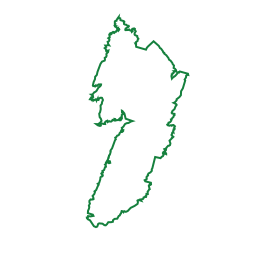 outline of La Concordia, Santo Domingo de los Tsáchilas, Ecuador, rotated 286°
{"feature_id": "8360857B34762572283066", "entity_name": "La Concordia", "entity_type": "district", "adm_level": 2, "iso_a3": "ECU", "parent_name": "Ecuador", "parent_adm1": "Santo Domingo de los Tsáchilas", "projection": "albers", "projection_center": [-79.436, -0.044], "detail": "fine", "context": "isolated", "style": "outline", "palette": "green", "viewbox_px": 256, "rotation_deg": 286, "n_neighbors": 0, "source": "geoboundaries", "source_scale": "gbopen_adm2", "svg_char_len": 5891}
<svg xmlns="http://www.w3.org/2000/svg" viewBox="0 0 256 256"><g transform="rotate(286 128 128)"><path d="M32.8,137.7L33.7,139.3L35.2,139.0L36.9,140.1L37.9,142.7L40.8,143.3L41.7,144.2L43.0,144.3L43.8,144.8L46.4,144.8L46.5,145.4L45.7,146.9L47.0,147.3L46.8,149.0L48.1,150.6L52.0,152.6L54.9,155.8L57.7,158.1L59.3,158.0L60.2,157.7L60.7,157.1L61.1,157.2L61.8,158.4L61.7,160.7L62.7,159.6L63.7,161.8L64.6,162.3L65.5,162.1L66.4,163.2L66.7,164.2L67.6,163.8L67.9,164.3L69.7,163.9L70.0,165.2L72.3,164.4L73.6,165.0L74.8,165.2L75.2,165.7L78.2,163.9L79.6,164.3L79.4,165.1L80.1,165.7L81.7,165.1L81.5,159.3L82.4,158.4L83.9,160.0L84.4,160.0L85.9,159.3L87.9,160.3L88.2,159.9L89.9,160.2L91.5,161.8L93.4,162.7L94.8,162.2L96.0,162.5L107.6,162.1L108.0,167.6L109.6,168.3L110.5,169.3L112.5,169.7L112.8,168.8L113.5,168.4L114.7,168.7L114.5,169.6L113.7,170.0L113.4,171.9L113.8,171.8L115.3,170.3L116.8,169.6L117.7,168.7L118.1,169.3L117.2,169.9L117.3,170.5L119.6,170.3L122.0,171.5L122.4,172.5L123.2,173.1L124.9,173.0L127.3,171.4L131.4,173.7L131.3,173.1L132.3,173.4L133.3,171.7L134.5,172.0L135.6,171.8L136.5,172.2L136.3,172.9L137.8,172.2L139.3,172.2L139.3,173.0L139.7,173.1L140.7,172.9L141.4,172.2L142.6,172.6L143.4,170.9L143.0,169.9L142.3,169.5L142.6,169.0L142.5,168.5L141.6,167.2L141.6,165.3L142.1,164.8L143.5,165.8L144.3,165.5L145.4,167.0L147.1,167.6L148.1,166.9L148.8,167.7L149.8,167.8L151.0,168.6L152.4,168.6L153.0,169.1L153.6,168.7L153.8,169.0L154.4,168.8L154.1,166.5L154.6,165.8L156.6,166.0L159.0,167.5L161.7,167.7L163.6,168.4L164.2,167.8L164.8,165.0L165.4,165.8L167.5,166.9L168.1,167.1L169.0,166.8L171.9,168.9L174.1,169.8L178.0,168.9L181.2,169.8L189.4,169.9L190.1,169.1L192.6,169.8L194.4,169.5L195.7,170.8L195.7,171.2L196.4,170.8L196.7,171.4L196.6,162.2L195.4,161.7L195.7,161.2L195.3,160.5L193.8,160.3L191.2,159.1L188.7,157.1L187.6,156.6L189.9,155.4L191.1,155.4L191.3,155.7L191.7,155.4L191.9,155.7L192.8,155.7L193.2,156.5L194.3,156.6L195.1,157.4L195.4,156.6L195.7,157.3L196.5,157.9L196.1,158.5L196.8,158.3L197.8,157.0L198.3,155.3L200.7,155.0L201.7,153.4L202.8,152.6L204.5,150.3L205.0,148.6L206.3,147.7L208.5,144.8L209.5,142.3L210.3,142.1L210.4,141.1L211.5,140.3L213.4,137.9L213.6,136.8L215.4,135.0L218.4,128.7L211.8,124.7L210.3,124.0L208.3,123.7L208.3,113.5L210.2,112.7L211.2,111.8L211.3,112.5L212.8,112.0L214.3,113.2L215.8,113.0L216.6,113.4L217.7,112.0L219.0,111.5L219.2,109.2L219.6,108.6L221.0,108.2L223.1,108.8L224.1,107.5L225.2,107.3L225.4,106.5L224.4,105.6L224.9,105.5L224.5,104.8L223.5,104.6L223.2,105.3L222.4,105.8L221.5,105.2L222.5,104.7L222.3,103.4L223.0,101.9L222.3,101.3L221.4,98.6L221.6,98.3L223.0,98.3L225.1,100.4L225.9,100.8L226.4,100.5L226.2,99.0L226.8,97.8L226.6,96.8L226.8,95.6L228.6,94.8L229.1,95.2L229.3,95.0L229.6,94.4L229.6,91.0L231.3,90.3L231.4,88.5L232.1,88.4L230.8,87.9L230.3,88.1L229.3,87.3L227.9,87.4L227.3,86.2L226.7,86.0L224.3,86.7L224.3,87.2L222.9,86.9L222.8,87.8L222.5,87.3L222.0,87.5L221.6,89.0L220.9,89.9L221.4,90.7L221.0,90.7L220.8,92.1L220.3,92.5L218.9,91.9L219.6,91.2L219.6,90.5L217.4,90.1L217.3,89.5L215.5,88.5L215.6,87.7L216.3,87.6L216.3,87.2L214.9,86.2L214.1,86.3L213.2,85.7L212.9,85.3L213.1,85.0L214.5,85.3L214.2,84.8L212.7,84.2L210.2,85.4L208.9,84.3L208.2,85.7L206.8,85.9L205.8,85.5L205.3,84.7L203.3,85.8L202.3,87.0L202.2,85.7L201.3,84.6L201.0,83.5L199.8,84.7L198.4,83.6L197.8,84.9L195.7,86.0L195.7,86.8L196.1,86.4L196.7,86.6L196.6,87.5L196.9,87.8L195.8,87.9L193.1,86.8L191.6,87.5L190.3,87.4L189.0,86.3L187.4,87.0L186.4,87.0L184.6,84.7L182.1,83.9L173.6,83.2L170.4,83.4L168.2,82.3L165.9,82.8L162.7,82.3L159.2,82.5L158.7,83.0L159.1,83.9L158.9,84.6L159.9,85.2L159.4,85.5L160.0,86.0L160.2,87.0L161.4,87.4L162.0,88.1L161.8,88.8L162.5,89.8L162.5,90.1L161.7,90.2L160.5,89.8L158.5,88.4L155.0,87.5L153.8,86.7L153.0,85.7L150.5,84.7L150.0,83.5L149.3,85.4L148.2,85.9L147.5,84.3L146.0,83.8L146.3,84.6L145.3,84.1L145.6,85.5L144.9,85.3L144.7,85.6L145.8,86.9L145.7,87.3L145.0,87.4L146.7,89.1L145.9,89.9L146.6,89.8L146.6,90.6L147.7,90.8L146.7,91.2L146.8,91.9L148.4,91.8L148.4,92.3L149.3,92.9L149.7,93.7L149.8,94.7L148.0,96.2L145.5,95.9L144.1,96.2L142.0,95.4L138.6,96.6L135.5,96.8L133.8,96.4L130.6,97.8L129.5,99.3L127.6,100.6L125.7,99.9L123.5,98.3L123.0,96.4L122.3,98.2L122.2,100.1L122.6,101.1L123.1,101.2L123.9,100.5L124.7,101.0L125.2,102.0L125.1,103.4L125.5,104.9L126.9,104.2L128.4,105.0L129.3,106.1L128.1,106.8L129.4,108.0L129.2,108.9L129.6,110.1L130.7,110.8L131.5,110.9L131.5,112.9L133.0,112.4L133.1,113.2L132.1,114.5L133.1,116.5L134.5,117.2L134.8,117.7L134.3,118.6L133.3,118.4L133.4,118.8L134.5,119.2L135.2,118.5L135.3,117.8L135.7,117.8L136.1,118.1L136.1,119.3L138.8,118.4L140.4,119.7L141.2,118.0L142.9,117.4L142.8,117.9L141.0,120.5L136.3,123.2L135.9,130.4L135.0,129.0L133.0,127.1L132.2,125.3L130.9,124.0L128.0,123.2L126.4,122.0L125.1,123.0L124.2,122.3L123.6,122.2L123.5,123.2L124.3,124.1L123.7,124.2L122.6,123.5L122.0,122.0L120.5,121.3L119.3,121.4L118.2,120.6L117.7,119.7L116.0,119.2L115.2,118.4L113.7,119.4L112.8,118.9L104.1,118.3L101.8,117.5L100.9,117.4L100.5,117.9L98.3,117.9L97.3,117.9L96.4,117.3L95.1,117.6L94.6,117.3L94.1,117.6L93.9,117.3L92.3,117.4L90.9,117.0L91.0,119.8L89.6,120.5L88.9,119.4L89.4,117.6L89.0,117.3L89.1,116.5L88.6,116.3L87.5,116.7L86.5,116.0L85.9,116.9L84.7,117.5L84.0,116.7L81.1,116.6L79.5,115.2L78.5,116.2L78.2,116.2L77.6,115.3L76.9,114.9L76.0,115.8L75.8,116.7L75.2,116.9L74.3,116.5L73.8,115.6L73.0,115.1L70.9,115.5L67.3,115.4L66.0,114.3L65.5,115.4L65.2,115.4L63.9,115.0L59.6,114.5L57.9,113.3L57.4,113.9L55.2,113.8L52.9,112.7L52.0,113.6L50.2,114.5L49.9,114.3L49.8,113.5L49.2,113.1L49.0,111.7L47.4,111.0L46.1,111.3L44.9,112.2L42.5,111.8L41.4,112.6L39.6,112.7L37.3,112.4L35.1,112.9L35.0,118.1L34.0,119.0L32.7,116.4L32.3,113.9L31.0,114.1L30.6,113.1L30.1,113.3L29.2,114.6L28.8,116.9L24.2,122.3L23.9,124.5L24.8,125.6L27.6,125.8L28.4,126.6L29.0,129.9L28.1,132.1L28.3,133.4L29.8,134.3L32.0,135.0L32.8,137.7Z" fill="none" stroke="#15803d" stroke-width="2"/></g></svg>